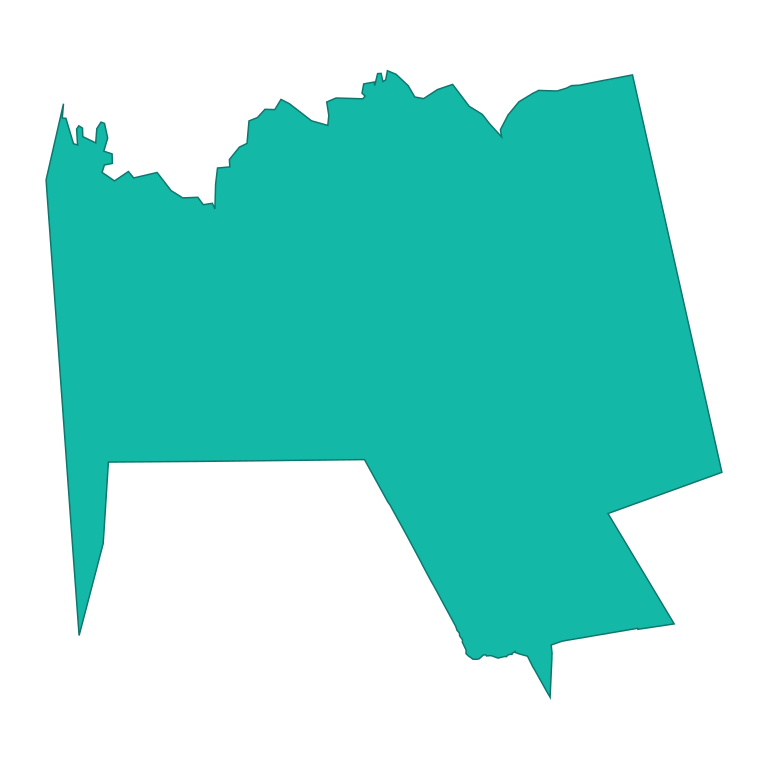 the district of Santa Cruz Tacache de Mina, Oaxaca, Mexico
{"feature_id": "50627088B6495854920527", "entity_name": "Santa Cruz Tacache de Mina", "entity_type": "district", "adm_level": 2, "iso_a3": "MEX", "parent_name": "Mexico", "parent_adm1": "Oaxaca", "projection": "natural_earth1", "projection_center": [-98.17, 17.817], "detail": "fine", "context": "isolated", "style": "filled", "palette": "teal", "viewbox_px": 768, "rotation_deg": 0, "n_neighbors": 0, "source": "geoboundaries", "source_scale": "gbopen_adm2", "svg_char_len": 2056}
<svg xmlns="http://www.w3.org/2000/svg" viewBox="0 0 768 768"><path d="M46.1,179.8L46.7,189.0L50.6,242.3L52.2,264.6L54.3,292.9L56.0,316.2L57.7,339.5L59.5,364.7L61.5,392.4L62.8,410.1L64.3,431.0L65.7,450.3L67.1,470.0L71.8,535.5L79.1,635.5L103.2,543.5L104.1,529.5L108.4,462.1L118.6,462.0L200.3,461.4L364.5,459.6L387.8,501.9L390.0,505.0L395.0,514.1L404.9,532.0L406.4,534.8L407.2,536.2L421.7,563.4L421.8,563.8L431.5,581.9L433.4,585.1L438.4,594.3L441.9,600.9L455.7,626.3L457.1,630.5L459.3,632.9L459.7,636.0L462.5,639.8L462.3,642.1L466.1,650.1L466.0,653.6L468.3,655.9L471.2,657.9L472.8,659.2L476.5,659.3L479.2,658.8L483.5,654.9L485.8,654.9L486.4,655.9L491.0,655.6L498.1,658.1L504.5,656.5L506.3,656.7L508.6,654.6L511.9,654.3L511.7,653.7L515.1,651.5L515.3,652.5L519.8,654.1L527.5,656.2L532.7,666.6L533.6,668.2L534.0,668.7L546.2,690.5L546.8,691.6L548.3,694.2L549.3,695.8L550.1,697.3L551.9,658.4L551.9,655.6L552.1,653.8L551.2,645.0L552.1,644.7L552.9,644.4L561.7,641.3L566.4,640.4L637.7,628.3L637.9,629.3L670.3,624.5L674.2,623.9L608.0,513.5L721.9,472.3L701.5,381.3L632.5,74.9L601.0,80.9L579.4,85.2L571.5,85.6L566.3,88.2L557.0,91.0L538.5,90.4L536.6,91.5L533.0,93.2L518.9,101.8L508.1,114.9L500.4,129.7L501.6,136.9L489.2,123.3L483.6,116.0L482.0,114.2L469.2,106.3L452.6,84.4L437.4,89.6L423.6,98.6L414.8,97.0L408.2,85.7L396.1,74.3L387.4,70.7L385.7,79.9L382.9,81.5L381.1,73.4L377.6,73.6L374.7,85.6L374.3,82.0L363.7,83.9L362.0,93.2L365.1,96.1L362.8,98.8L336.0,98.0L326.7,102.0L328.8,115.4L327.8,125.4L311.5,120.8L289.4,103.7L281.0,99.4L274.8,109.6L265.0,109.3L257.4,117.6L249.0,120.9L247.0,143.4L239.4,147.1L229.4,159.5L229.8,166.9L217.5,168.0L215.6,184.3L214.9,209.0L212.4,203.3L203.3,204.7L197.8,197.3L182.7,197.9L171.1,190.6L157.1,172.5L133.7,177.9L128.4,171.5L114.5,180.9L102.1,172.4L104.4,165.0L112.4,163.4L112.1,153.9L103.8,151.2L107.7,138.1L104.5,123.4L101.0,122.1L96.8,128.7L95.7,142.9L82.8,136.6L82.5,128.1L78.8,125.8L76.6,129.1L77.4,142.4L77.7,145.0L73.5,143.7L65.9,118.3L62.3,118.1L63.5,103.7L46.1,179.8Z" fill="#14b8a6" stroke="#0f766e" stroke-width="1.5"/></svg>